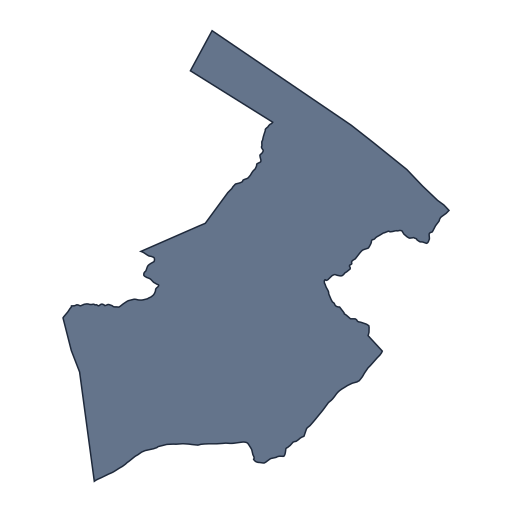 San Miguelito, Intibucá, Honduras
{"feature_id": "27666195B17260395757329", "entity_name": "San Miguelito", "entity_type": "district", "adm_level": 2, "iso_a3": "HND", "parent_name": "Honduras", "parent_adm1": "Intibucá", "projection": "albers", "projection_center": [-88.337, 14.373], "detail": "fine", "context": "isolated", "style": "filled", "palette": "slate", "viewbox_px": 512, "rotation_deg": 0, "n_neighbors": 0, "source": "geoboundaries", "source_scale": "gbopen_adm2", "svg_char_len": 6078}
<svg xmlns="http://www.w3.org/2000/svg" viewBox="0 0 512 512"><path d="M284.0,456.1L284.7,454.9L285.0,454.1L285.4,452.3L285.7,450.2L285.8,449.0L286.0,448.5L286.6,447.9L287.6,447.5L288.9,446.4L290.1,445.5L293.1,442.1L294.5,441.6L295.8,441.4L296.3,441.2L298.4,439.7L300.1,438.2L300.9,437.7L301.7,437.2L303.4,436.5L304.0,436.2L306.1,430.0L306.6,428.6L307.1,428.0L307.6,427.5L310.0,425.6L314.0,421.0L323.0,410.0L328.2,402.9L328.9,402.2L331.1,400.4L332.5,399.0L334.3,396.8L336.4,393.9L337.7,392.4L339.5,390.7L341.7,389.1L345.0,387.1L347.5,385.5L352.3,383.2L357.1,381.9L357.6,381.6L358.1,381.2L358.8,381.0L359.3,380.6L360.7,378.9L362.4,376.7L364.4,373.2L368.0,367.9L370.5,365.4L377.3,357.7L379.9,355.1L381.6,352.7L382.3,351.1L368.1,335.7L369.0,332.2L369.1,327.5L368.9,326.0L368.8,325.7L366.7,324.3L366.0,324.0L361.3,322.4L360.2,322.1L358.9,321.9L358.2,321.7L357.3,321.0L356.8,320.1L356.5,319.7L355.3,318.9L354.2,318.8L350.9,318.8L350.4,318.7L346.5,315.3L345.3,314.4L344.4,314.0L344.2,313.7L344.1,313.0L343.9,312.6L339.6,307.0L339.4,307.0L338.6,307.0L337.7,306.8L336.9,306.6L336.2,306.2L335.4,305.6L334.9,304.8L334.6,304.3L334.4,303.6L334.3,303.4L333.4,302.6L332.4,301.9L331.1,299.5L328.9,294.3L328.7,293.6L328.6,292.2L328.3,291.2L327.5,289.6L326.2,287.3L325.6,285.8L325.0,284.0L324.5,283.4L324.4,282.6L324.3,281.4L324.3,280.9L324.6,280.2L324.9,279.8L325.1,279.7L325.5,279.8L325.8,280.2L326.2,280.4L326.7,280.3L327.6,279.9L328.1,279.5L332.0,275.7L333.3,275.0L334.3,274.6L335.2,274.6L337.2,275.3L340.2,275.9L341.7,275.8L342.2,275.6L342.8,275.2L343.7,274.4L344.9,272.9L346.7,271.8L350.1,269.0L350.2,268.6L350.2,267.8L350.0,267.1L349.5,266.4L349.5,265.7L349.6,265.3L350.0,265.0L351.1,264.4L351.7,263.9L351.8,263.2L351.6,262.6L351.6,262.2L351.7,261.5L352.0,261.1L353.4,259.9L355.1,259.0L355.4,258.7L359.8,253.0L361.1,251.5L362.2,250.4L362.9,250.0L364.0,249.5L368.0,248.2L368.5,247.9L369.6,246.1L370.9,243.6L371.4,242.0L371.4,241.3L371.5,240.9L371.9,240.1L372.6,239.6L373.6,239.5L374.0,239.3L374.8,238.7L375.8,237.6L376.7,236.9L380.1,235.0L383.5,232.9L384.4,232.8L388.3,231.2L388.8,231.2L389.6,231.7L390.5,231.8L392.7,231.5L395.0,230.9L396.4,230.7L396.8,230.7L397.0,230.9L398.2,230.8L399.8,230.4L401.1,230.6L401.8,230.8L402.0,231.0L403.9,234.1L404.2,234.4L405.3,235.3L406.9,236.7L408.7,237.8L409.4,238.1L410.1,238.1L412.5,237.8L413.4,237.6L413.7,237.6L414.6,238.1L416.4,238.8L416.6,239.0L416.8,239.6L417.2,240.0L418.6,241.0L419.9,241.8L420.6,241.9L421.6,241.9L422.6,242.0L426.4,243.3L426.7,243.3L427.1,243.1L427.6,242.7L428.3,241.8L429.4,239.0L429.4,237.8L429.1,234.6L429.2,233.9L429.4,233.4L429.6,233.1L430.4,232.6L431.0,232.3L431.9,232.1L432.4,231.7L433.5,229.7L435.5,225.8L438.9,221.3L439.2,220.8L439.6,219.2L440.6,217.5L441.9,216.4L446.2,213.3L449.0,210.4L443.9,205.0L437.6,200.4L422.5,186.0L406.8,169.5L373.0,142.3L351.2,125.2L212.1,30.7L190.4,70.8L272.7,122.2L272.1,123.0L271.6,123.5L271.1,123.8L270.1,124.3L269.5,124.8L268.6,125.8L267.9,126.9L266.9,127.7L266.0,128.5L265.5,129.1L265.3,129.5L265.2,130.9L264.4,133.2L263.5,136.1L263.2,137.2L262.6,140.1L261.9,141.5L261.8,142.0L261.9,145.7L261.8,146.1L261.5,146.7L261.5,147.2L261.6,147.7L262.1,148.6L263.1,150.1L263.2,150.5L263.2,150.9L262.9,151.7L262.2,152.8L261.7,153.4L260.4,154.5L260.0,155.0L259.9,155.4L260.2,157.4L260.9,160.0L260.9,160.9L260.7,161.7L260.3,162.1L258.3,163.1L257.3,163.6L256.9,163.9L256.7,164.4L256.6,165.5L256.4,166.3L255.3,168.7L254.8,169.3L253.6,170.4L252.9,171.2L251.6,173.1L250.4,175.2L248.1,177.9L247.1,178.5L244.5,179.4L243.2,180.0L242.9,180.4L242.7,181.0L242.5,181.4L242.0,181.9L241.3,182.3L239.5,183.0L235.5,184.0L235.2,184.3L232.9,186.8L231.8,188.6L227.9,192.5L205.3,223.3L199.6,225.7L140.9,251.4L142.2,251.9L143.5,252.5L147.4,255.1L149.0,256.0L151.3,256.4L153.3,257.2L154.1,257.7L154.3,258.3L154.5,259.1L154.5,259.9L154.3,260.8L154.1,261.5L153.8,261.8L152.8,262.3L150.4,263.7L149.0,264.7L148.1,265.5L147.7,266.2L147.3,266.9L146.0,270.6L145.6,271.2L144.6,272.1L144.2,272.7L143.9,273.4L143.8,274.3L143.8,275.1L143.9,275.4L144.3,275.9L144.9,276.4L146.8,277.5L148.8,278.2L150.2,278.9L150.7,279.3L153.6,282.3L157.1,284.3L158.3,284.7L158.7,285.1L158.7,285.3L158.6,285.7L158.2,286.5L157.5,287.2L156.5,288.0L155.8,288.9L155.6,289.5L155.5,290.6L155.3,291.4L154.8,292.7L154.3,293.7L153.4,295.0L152.1,296.1L150.9,297.0L148.7,298.0L147.4,298.8L142.9,299.9L141.1,300.1L139.3,300.0L138.1,299.9L135.8,299.3L134.1,299.2L128.6,300.6L127.6,301.0L126.3,301.8L122.9,304.1L120.3,306.2L119.2,306.9L118.7,307.1L116.6,306.9L114.9,306.9L113.9,306.8L113.2,306.5L112.0,305.6L109.1,304.6L108.5,304.5L107.9,304.5L105.6,305.5L104.8,305.6L104.5,305.5L104.1,304.9L103.6,304.6L102.4,304.2L102.0,304.1L101.3,304.2L100.9,304.3L99.1,305.6L98.7,305.8L98.0,305.7L97.2,305.1L96.6,304.8L96.2,304.7L95.6,304.9L94.9,304.8L94.6,304.7L94.1,304.3L93.8,304.2L93.1,304.2L91.6,304.5L90.2,304.5L89.5,304.4L88.3,304.0L86.8,303.9L85.3,304.1L84.1,304.3L80.7,305.8L79.8,305.7L78.3,305.0L77.0,304.8L76.4,304.9L75.5,305.4L74.3,305.8L71.5,305.9L71.3,306.1L71.4,306.6L71.4,306.9L70.9,307.6L70.1,308.4L67.9,311.8L63.7,316.8L63.0,317.9L71.3,350.5L79.6,372.0L94.3,481.3L95.9,480.2L98.0,479.1L101.2,477.7L108.3,474.2L111.6,472.8L113.4,471.9L115.5,470.6L119.4,468.1L122.4,466.4L123.5,465.6L125.5,464.1L127.2,462.5L128.7,461.5L134.9,456.5L135.8,455.9L137.8,454.8L141.6,452.1L145.1,450.6L153.7,448.7L155.6,448.0L156.7,447.7L158.0,446.7L158.9,446.4L162.6,445.5L166.8,444.4L173.3,444.1L176.1,444.2L182.9,443.7L189.0,444.1L191.8,444.5L197.9,445.1L198.8,444.9L200.9,444.3L204.1,444.0L208.6,443.8L214.9,443.8L216.5,443.8L222.7,443.4L225.8,443.1L230.1,443.4L231.6,443.4L233.2,443.3L242.2,442.1L243.5,442.0L244.6,442.1L246.2,442.4L247.0,442.8L247.6,443.1L248.7,444.6L250.4,447.3L251.5,449.2L251.8,450.0L252.9,454.7L253.7,456.3L254.0,457.1L254.1,457.8L254.1,458.4L254.0,458.7L253.6,459.1L253.6,459.5L253.9,459.8L255.4,461.4L256.7,462.0L258.1,462.4L259.7,462.5L263.3,463.0L264.2,463.0L265.7,462.2L268.2,460.3L270.0,459.0L270.9,458.5L276.0,457.4L277.6,456.6L278.9,456.3L279.7,456.2L282.5,456.3L283.6,456.3L284.0,456.1Z" fill="#64748b" stroke="#1e293b" stroke-width="1.5"/></svg>